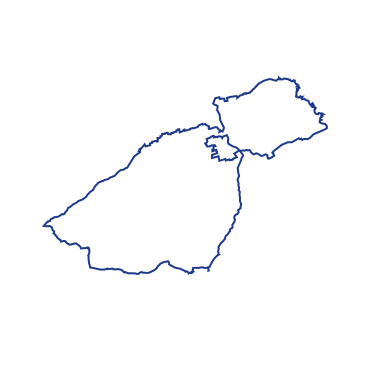 the district of Mojokerto, Jawa Timur, Indonesia, rotated 69°
{"feature_id": "22746128B795310620233", "entity_name": "Mojokerto", "entity_type": "district", "adm_level": 2, "iso_a3": "IDN", "parent_name": "Indonesia", "parent_adm1": "Jawa Timur", "projection": "equal_earth", "projection_center": [112.455, -7.541], "detail": "fine", "context": "isolated", "style": "outline", "palette": "blue", "viewbox_px": 384, "rotation_deg": 69, "n_neighbors": 0, "source": "geoboundaries", "source_scale": "gbopen_adm2", "svg_char_len": 6044}
<svg xmlns="http://www.w3.org/2000/svg" viewBox="0 0 384 384"><g transform="rotate(69 192 192)"><path d="M129.3,55.1L128.5,56.1L126.9,56.5L124.8,56.2L124.7,57.6L124.2,57.6L124.6,58.7L124.4,59.2L122.6,60.4L122.5,60.8L122.1,60.6L120.5,62.8L120.4,63.5L119.7,64.0L119.1,65.2L119.4,67.1L118.7,68.4L118.0,68.7L118.4,69.5L116.6,70.0L117.6,70.5L117.6,72.1L118.3,73.1L118.2,73.7L114.7,78.3L114.1,80.8L113.9,85.2L114.6,90.2L115.8,93.5L116.4,93.7L116.7,95.4L117.8,96.8L118.0,98.6L119.0,99.6L119.3,101.5L120.0,102.0L119.6,106.4L119.0,106.3L118.7,108.9L119.4,109.1L119.2,112.8L120.4,116.0L119.1,115.5L118.3,116.4L116.8,123.0L117.1,123.3L116.6,125.6L119.6,126.2L118.9,129.0L116.4,128.5L115.2,131.7L115.1,132.7L113.4,132.5L112.7,136.6L116.9,140.5L118.0,140.2L120.0,137.9L121.1,137.3L124.6,139.2L129.6,138.5L135.4,140.0L143.1,139.1L145.0,140.1L145.5,141.1L146.4,141.8L145.5,142.4L145.8,144.9L144.1,143.8L142.3,145.1L140.8,145.3L139.8,147.0L139.6,152.6L139.2,152.6L139.1,153.6L138.2,153.6L136.8,152.6L134.4,154.9L133.2,155.2L132.9,157.8L132.1,157.9L132.3,161.9L132.6,162.6L133.2,163.0L133.3,164.6L133.0,168.1L132.5,168.5L132.4,171.3L132.8,171.5L132.8,172.0L132.3,176.7L131.0,176.5L130.9,177.3L131.7,178.1L132.1,181.6L132.0,182.1L128.8,181.4L128.5,182.8L129.1,183.0L128.9,184.5L130.1,184.9L129.7,188.2L130.1,188.4L129.6,190.8L130.5,191.2L129.4,193.7L128.0,193.4L127.7,193.9L127.5,196.8L128.0,196.9L127.2,199.3L128.6,199.9L128.6,201.5L129.6,201.6L130.0,203.7L129.1,204.8L129.2,205.0L129.9,204.9L132.5,205.9L132.5,206.5L131.4,207.3L130.9,210.8L130.9,211.3L131.9,211.7L131.6,213.9L133.3,214.3L132.8,219.0L130.5,219.1L132.9,223.3L133.2,225.7L134.0,226.2L134.2,225.8L134.7,226.7L135.1,225.9L136.4,226.6L136.9,229.5L138.3,233.5L146.1,243.7L145.9,244.5L146.6,248.2L146.0,250.5L146.2,251.8L147.3,254.7L149.2,258.3L149.2,263.1L149.9,265.7L149.4,269.4L149.9,270.9L149.6,271.6L149.7,275.8L151.6,280.0L153.4,282.4L154.5,283.2L155.7,287.8L156.5,288.9L156.9,290.4L158.5,292.3L159.7,296.8L159.8,301.7L160.4,302.9L161.0,307.5L162.3,311.1L162.4,313.3L164.2,314.9L165.4,317.4L166.7,319.0L166.8,320.3L166.0,320.9L167.0,324.8L167.0,326.2L166.2,329.9L166.7,330.9L166.7,333.6L168.2,335.0L167.8,337.1L168.4,337.6L168.4,338.6L170.5,342.5L172.4,338.9L172.7,337.0L174.7,335.5L177.5,335.8L179.3,334.9L180.1,335.1L181.0,336.1L182.9,334.9L183.8,335.0L185.1,334.1L186.1,334.2L188.6,333.1L189.6,332.0L191.3,332.2L191.8,329.1L192.5,327.9L194.7,327.3L197.5,324.9L198.2,318.9L201.5,316.6L203.5,315.8L204.9,315.9L206.3,311.0L206.3,309.7L207.0,309.5L206.6,308.9L206.8,308.5L210.1,308.8L212.5,310.0L214.2,311.7L215.0,311.5L217.2,312.5L221.5,313.6L226.2,314.0L226.4,313.2L231.5,305.5L233.1,301.4L233.1,298.8L233.7,298.4L233.5,298.1L234.2,297.0L235.1,293.4L236.0,293.1L236.3,292.1L237.0,291.1L237.2,289.1L239.1,286.2L241.0,284.8L242.3,284.4L242.5,283.8L242.9,283.8L243.0,282.8L244.9,280.9L247.5,274.4L248.9,272.5L249.3,271.4L248.6,269.8L248.7,267.6L249.7,266.8L251.7,262.2L251.9,261.0L251.6,256.4L251.1,254.0L250.2,251.9L248.8,250.3L248.6,249.0L247.6,247.2L247.3,243.9L248.1,239.1L249.9,238.7L251.4,239.3L252.4,238.6L256.2,235.2L257.6,233.5L258.8,231.3L262.1,227.8L264.2,226.5L264.0,225.5L265.2,224.6L266.6,224.3L266.3,223.9L266.7,222.3L266.6,221.7L267.1,222.3L267.5,221.5L266.7,220.9L267.2,220.6L266.7,219.7L266.8,219.1L264.6,219.0L263.4,218.4L263.7,216.7L265.2,213.2L265.5,211.2L266.2,208.8L267.0,208.2L268.1,205.6L268.2,204.2L270.2,204.3L271.3,204.9L271.3,204.5L268.0,203.9L268.1,202.2L266.4,200.6L262.4,195.6L260.5,191.7L260.1,189.4L259.7,189.8L259.2,189.3L257.1,189.0L254.6,187.5L252.5,186.7L250.1,183.3L249.2,180.9L247.5,178.0L246.2,177.3L244.9,175.8L244.4,174.0L242.8,171.9L242.3,170.6L240.7,170.2L240.1,168.7L240.1,167.7L239.4,166.8L237.1,166.1L235.4,163.6L234.1,162.3L232.9,161.8L231.3,161.9L229.7,160.9L228.8,159.0L228.8,157.4L227.8,155.9L226.5,155.4L225.6,155.5L224.3,152.2L223.5,152.2L220.6,150.3L219.4,150.6L217.1,150.3L214.6,149.2L211.7,148.7L208.9,147.3L207.2,147.8L204.9,146.5L203.0,146.4L200.4,145.4L197.0,145.1L193.8,142.3L190.7,141.9L185.9,140.7L179.8,134.7L178.3,133.7L176.5,131.4L175.4,131.2L170.9,132.5L171.4,129.7L172.3,128.1L172.2,126.5L172.4,125.8L173.2,125.1L173.5,123.2L174.0,122.7L176.1,122.8L178.8,121.2L179.0,120.4L178.9,118.0L181.5,115.4L182.7,115.0L183.5,113.5L183.2,109.9L183.8,108.9L184.8,108.5L187.7,109.2L188.3,108.6L188.1,108.0L188.4,107.6L188.2,104.8L187.5,102.2L186.4,102.4L184.3,102.1L184.5,102.8L184.0,102.9L183.2,101.4L180.1,91.3L179.9,84.6L181.3,81.1L180.2,73.0L180.7,72.4L181.3,72.3L181.4,70.8L182.8,70.5L182.7,68.1L184.0,65.4L183.9,62.8L181.7,58.0L181.2,45.3L180.6,43.1L179.0,42.6L177.9,42.6L176.1,43.6L173.5,47.4L172.4,47.7L171.2,47.1L171.1,45.2L170.6,45.5L170.4,46.5L168.7,45.7L168.2,44.7L168.4,43.8L168.1,43.0L167.8,43.0L167.6,44.2L166.6,43.6L166.5,41.5L165.7,42.4L165.2,42.4L164.8,44.1L164.0,44.6L163.7,45.4L164.6,46.3L164.0,47.6L163.2,48.4L161.2,48.9L159.4,48.3L159.1,47.8L158.3,47.7L158.2,46.6L157.7,46.3L156.4,47.5L155.8,49.2L154.9,49.1L154.3,50.4L154.2,48.7L154.6,48.0L155.2,47.9L155.1,47.4L154.4,47.2L152.3,47.6L153.2,50.1L151.9,50.7L148.8,50.6L146.4,53.2L145.2,53.6L144.9,55.7L144.4,55.5L144.2,56.1L143.3,56.4L142.7,55.2L142.4,56.8L141.5,56.6L141.5,57.7L142.0,58.5L141.8,59.1L140.2,60.7L139.7,60.6L139.1,59.6L137.3,59.3L136.6,58.6L135.7,58.5L135.0,57.8L135.3,57.1L134.9,56.5L134.1,57.3L133.1,57.1L133.2,54.4L132.4,54.7L131.0,54.5L131.3,55.7L131.0,56.3L130.5,55.4L129.3,55.1ZM171.3,138.7L175.6,137.7L175.8,142.1L176.4,142.2L175.9,145.2L175.0,145.3L174.7,149.1L173.1,149.0L172.7,155.3L168.1,154.5L167.5,161.1L164.6,160.0L164.7,154.5L162.8,154.2L162.4,154.7L161.3,154.4L161.3,158.4L159.7,157.9L159.7,156.4L157.2,155.7L157.5,153.7L156.5,153.9L155.5,156.9L155.7,159.4L155.0,161.5L153.8,161.4L153.5,161.8L151.3,162.3L151.2,160.6L150.5,159.6L147.8,159.3L147.7,155.0L147.2,154.4L147.3,151.6L148.3,151.1L148.9,151.7L149.4,149.0L150.0,148.6L149.6,147.6L149.8,146.4L150.8,144.9L152.5,144.4L151.4,143.4L151.4,139.1L155.0,138.9L158.7,140.8L160.2,140.6L163.8,137.7L166.5,134.5L170.1,132.7L171.3,138.7Z" fill="none" stroke="#1e3a8a" stroke-width="2"/></g></svg>